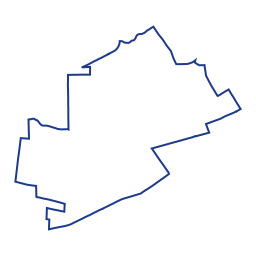 the district of Stoenesti, Olt, Romania
{"feature_id": "2599482B16432204852873", "entity_name": "Stoenesti", "entity_type": "district", "adm_level": 2, "iso_a3": "ROU", "parent_name": "Romania", "parent_adm1": "Olt", "projection": "albers", "projection_center": [24.481, 44.1], "detail": "fine", "context": "isolated", "style": "outline", "palette": "blue", "viewbox_px": 256, "rotation_deg": 0, "n_neighbors": 0, "source": "geoboundaries", "source_scale": "gbopen_adm2", "svg_char_len": 5319}
<svg xmlns="http://www.w3.org/2000/svg" viewBox="0 0 256 256"><path d="M69.3,224.8L69.7,224.7L71.8,223.8L73.6,222.8L75.4,222.0L77.4,221.0L77.8,220.8L78.6,220.4L79.5,220.0L80.1,219.7L80.6,219.5L81.7,218.9L83.3,218.1L84.2,217.6L85.4,217.0L86.5,216.5L88.0,215.8L89.1,215.3L90.4,214.7L91.5,214.1L92.5,213.6L94.0,212.8L95.3,212.2L96.9,211.4L98.1,210.8L98.8,210.4L99.5,210.1L99.9,209.9L100.3,209.8L100.5,209.7L100.8,209.5L101.0,209.4L101.4,209.2L101.7,209.1L101.9,209.0L102.2,209.0L102.4,209.0L102.4,208.9L102.5,208.7L103.2,208.4L104.4,207.8L106.6,206.7L108.3,205.9L109.8,205.1L110.5,204.8L114.0,203.1L115.2,202.4L117.3,201.4L118.7,200.7L120.6,199.8L121.3,199.4L122.1,199.2L123.1,198.8L123.4,198.7L125.2,198.2L128.1,197.3L130.2,196.7L140.8,193.5L141.2,193.3L141.7,192.9L142.6,192.1L144.1,191.2L145.6,190.1L146.8,189.5L153.3,185.2L158.1,181.7L158.7,181.3L160.0,180.4L161.0,179.6L162.0,179.0L163.1,178.2L166.2,176.0L167.0,175.4L167.8,174.8L168.6,174.3L168.8,174.1L169.0,173.9L168.6,172.7L168.1,171.9L167.1,170.5L166.3,169.4L165.7,168.5L164.8,167.2L164.0,166.0L163.4,165.2L163.1,164.7L161.2,162.1L159.4,159.6L157.3,156.5L156.1,154.7L154.8,152.8L153.3,150.6L151.8,148.5L163.7,145.2L164.5,145.0L165.5,144.7L166.4,144.4L167.4,144.2L168.2,144.0L169.4,143.6L170.6,143.3L171.9,142.9L173.1,142.6L174.6,142.2L176.1,141.8L179.7,140.8L180.0,140.6L180.4,140.5L180.5,140.6L181.2,140.4L182.2,140.1L183.1,139.8L183.8,139.6L184.6,139.4L185.3,139.2L186.0,139.0L186.8,138.8L187.8,138.5L188.5,138.3L189.4,138.1L190.3,137.8L191.4,137.5L192.1,137.3L192.5,137.2L192.8,137.2L193.1,137.1L193.2,136.9L193.3,136.8L193.5,136.8L193.9,136.7L194.3,136.6L194.5,136.5L194.8,136.4L195.0,136.2L195.3,136.0L195.5,136.1L195.6,136.3L197.3,135.9L198.6,135.5L200.6,135.0L202.4,134.5L204.2,134.0L205.8,133.6L207.5,133.1L209.2,132.7L208.4,130.5L206.5,125.5L206.0,124.0L220.8,118.6L221.7,118.1L222.9,117.4L225.5,116.1L226.0,115.9L227.7,115.2L230.0,114.3L230.4,114.0L230.7,113.9L231.1,113.8L231.5,113.7L231.9,113.5L232.3,113.3L232.7,113.1L233.1,113.0L233.5,112.8L235.1,112.0L235.3,111.9L235.5,111.8L235.6,111.7L235.8,111.5L236.0,111.4L236.3,111.6L236.5,111.4L240.6,109.0L236.1,101.8L235.6,100.9L234.8,99.6L234.0,98.3L233.8,97.8L232.9,96.4L232.0,95.1L231.2,93.8L230.6,92.8L230.1,91.9L229.4,90.8L228.8,89.9L228.6,89.5L227.7,90.0L226.3,90.9L225.3,91.4L224.5,91.9L223.4,92.6L222.0,93.4L220.7,94.3L219.7,94.9L218.6,95.5L218.2,95.8L217.6,95.9L217.2,95.4L215.9,93.3L214.8,91.4L213.0,88.5L210.7,84.6L208.7,80.8L206.9,77.3L206.2,76.0L205.9,75.3L205.9,74.6L205.2,69.9L204.8,67.5L204.5,65.1L203.6,65.2L202.8,65.2L201.7,65.2L200.9,65.2L199.4,65.3L198.5,64.8L197.8,64.5L197.0,64.0L196.2,63.5L195.7,63.1L195.2,62.8L195.0,62.6L194.9,62.4L194.9,62.2L195.0,61.4L195.1,61.0L195.3,60.3L193.8,61.5L192.0,62.5L188.4,63.7L187.2,64.0L182.4,64.1L178.2,64.1L176.2,64.1L173.7,58.9L170.9,51.0L166.9,45.9L162.8,39.7L158.4,34.2L154.9,29.0L153.4,26.7L151.1,28.1L149.5,29.2L147.2,30.5L146.5,31.1L145.8,31.7L145.2,32.3L144.4,32.8L143.8,33.1L142.9,33.5L142.2,33.8L141.5,34.0L140.9,34.0L140.0,34.1L139.2,34.1L138.8,34.2L138.4,34.4L137.9,34.6L137.6,34.8L137.1,35.2L136.8,35.6L136.5,36.0L136.1,36.7L135.8,37.5L135.4,38.3L134.8,39.2L134.4,39.8L134.0,40.1L133.5,40.4L132.7,40.5L131.9,40.6L131.5,40.8L131.1,41.1L130.8,41.5L130.3,42.0L129.9,42.3L129.1,42.6L128.6,42.8L128.0,42.9L127.1,42.8L126.5,42.7L126.0,42.8L125.0,42.7L123.8,42.2L122.8,41.6L122.0,41.2L121.1,41.1L120.2,41.1L119.7,41.1L119.7,41.6L119.6,42.6L119.4,43.9L119.1,44.7L118.7,45.8L118.2,46.8L117.5,47.9L116.9,48.7L116.3,49.4L115.6,50.0L114.9,50.6L114.0,51.1L112.9,51.7L111.4,52.5L110.8,52.8L110.3,53.1L110.1,53.1L108.3,54.0L108.5,54.2L105.5,55.6L101.0,58.0L98.0,59.3L96.9,60.1L95.1,60.8L88.0,64.6L83.0,66.9L81.7,67.4L90.0,66.9L90.0,67.6L90.1,70.0L90.0,74.7L86.6,74.7L85.8,74.7L82.6,74.7L79.0,74.7L75.4,74.8L72.4,74.8L69.9,74.9L68.0,74.9L68.0,75.3L67.9,75.9L68.0,76.9L68.0,77.3L68.0,79.4L67.9,86.1L68.0,87.7L68.2,98.6L68.2,105.9L68.3,108.2L68.3,111.0L68.3,117.0L68.5,128.7L68.5,129.5L67.6,129.1L67.3,129.1L66.7,129.2L65.9,129.3L65.5,129.3L64.5,129.2L63.5,129.3L61.7,129.4L61.0,129.4L60.5,129.3L60.1,129.2L59.5,129.1L58.4,129.1L57.9,129.0L57.4,128.9L57.0,128.7L56.5,128.5L55.4,128.1L55.2,128.0L55.0,127.9L54.7,127.9L54.4,127.8L54.1,127.8L51.7,127.0L48.8,126.1L47.4,125.8L46.0,125.6L44.2,125.6L42.9,125.6L41.9,125.3L41.4,125.0L41.0,124.7L40.1,123.8L39.4,122.9L38.6,121.9L37.9,121.0L37.4,120.5L37.2,120.3L37.0,120.2L36.7,120.1L36.3,120.1L36.0,119.9L35.8,119.8L35.5,119.7L35.3,119.5L35.0,119.3L34.8,119.2L34.6,119.1L34.5,118.9L34.3,118.8L34.1,118.8L33.8,118.8L33.6,118.8L33.3,118.8L33.0,118.8L32.7,118.8L32.4,118.8L32.1,118.9L31.7,119.0L31.4,119.1L31.0,119.2L30.8,119.2L30.6,119.2L30.4,119.3L30.1,119.3L29.7,119.3L29.4,119.4L29.1,119.4L28.8,119.5L28.5,119.5L29.0,138.7L28.7,138.7L20.8,138.1L19.5,148.4L18.1,158.7L15.4,181.7L18.6,182.5L25.1,184.2L27.1,184.7L31.7,185.4L36.1,185.9L36.4,196.9L37.4,197.2L37.8,197.3L38.4,197.3L38.7,197.4L39.2,197.5L40.1,197.7L41.0,197.9L42.0,198.2L43.1,198.4L43.7,198.6L44.8,198.8L46.1,199.0L46.6,199.1L47.5,199.3L49.3,199.7L52.4,200.5L55.5,201.3L60.0,202.5L64.7,203.8L64.3,211.7L51.5,209.1L46.9,208.0L46.5,219.1L49.3,219.6L49.0,228.3L49.0,229.3L49.4,229.2L50.2,229.0L51.6,228.7L53.4,228.3L55.2,227.9L56.7,227.6L58.7,227.2L60.6,226.8L63.8,226.3L66.6,225.6L69.3,224.8Z" fill="none" stroke="#1e3a8a" stroke-width="2"/></svg>